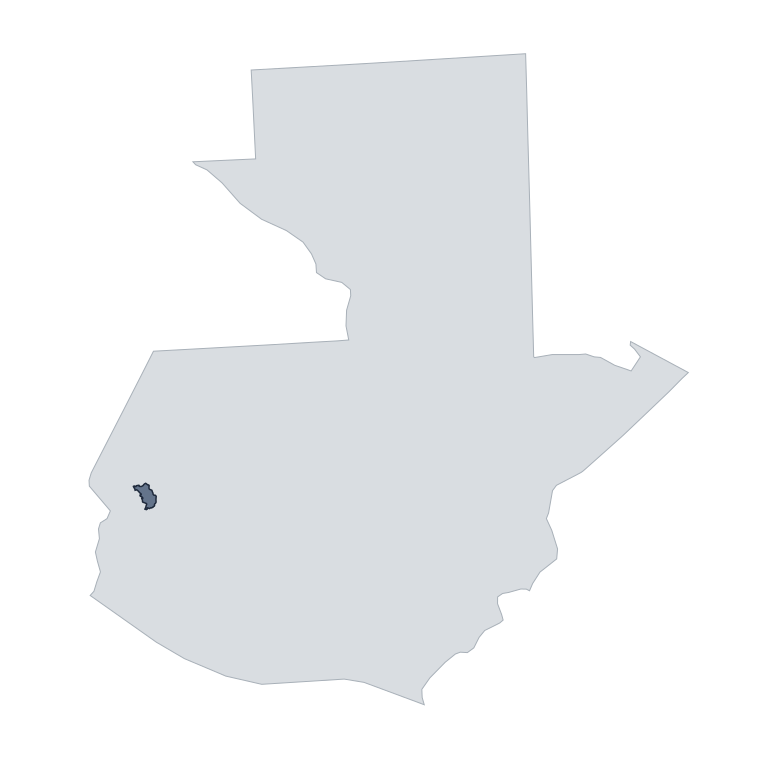 Tejutla, San Marcos, Guatemala (highlighted), rotated 357°
{"feature_id": "79465075B17053106613054", "entity_name": "Tejutla", "entity_type": "district", "adm_level": 2, "iso_a3": "GTM", "parent_name": "Guatemala", "parent_adm1": "San Marcos", "projection": "albers", "projection_center": [-91.837, 15.154], "detail": "fine", "context": "in_parent", "style": "filled", "palette": "slate", "viewbox_px": 768, "rotation_deg": 357, "n_neighbors": 0, "source": "geoboundaries", "source_scale": "gbopen_adm2", "svg_char_len": 3932}
<svg xmlns="http://www.w3.org/2000/svg" viewBox="0 0 768 768"><g transform="rotate(357 384 384)"><path d="M79.5,579.8L83.5,575.8L86.9,566.4L91.0,556.8L88.5,545.7L87.0,536.7L91.7,523.6L91.3,513.8L93.5,507.8L100.4,503.9L104.1,496.4L84.4,470.6L84.4,464.7L87.0,457.4L103.0,429.9L122.1,397.1L143.0,361.0L155.5,339.2L201.4,339.1L231.8,339.0L270.4,338.9L312.3,338.6L339.8,338.5L351.1,338.2L349.1,324.0L350.5,308.4L355.4,294.2L355.4,287.9L347.1,280.3L331.2,275.9L322.4,269.2L322.3,260.6L318.4,250.3L310.6,238.1L294.6,225.7L270.4,213.1L249.8,196.1L232.8,174.7L218.4,160.9L207.4,155.2L204.8,152.1L237.1,152.3L267.6,152.5L267.7,121.7L267.8,94.4L267.8,63.5L323.1,63.3L389.0,63.0L457.4,62.4L511.2,61.9L542.7,61.6L541.8,99.8L540.6,144.2L539.8,176.8L538.7,220.3L537.5,264.7L535.9,325.4L534.9,364.6L535.6,365.5L553.7,363.4L580.5,364.8L587.0,364.6L595.3,367.9L601.6,368.8L615.4,377.4L631.5,383.9L641.5,370.3L636.0,362.2L631.9,358.1L632.5,354.5L688.5,388.5L682.0,394.0L668.1,406.7L642.8,428.4L620.1,447.8L598.2,465.4L578.4,481.2L576.1,482.7L550.9,494.2L546.7,499.3L541.6,521.4L539.1,526.9L543.9,539.0L548.7,557.8L547.3,567.7L529.9,580.0L522.0,591.0L518.5,598.1L515.4,596.3L509.9,595.9L497.4,598.7L491.4,599.4L486.3,602.6L485.9,609.4L489.4,620.4L490.6,626.0L487.1,628.7L471.7,635.4L465.7,642.0L459.9,652.2L453.2,656.6L446.1,655.8L441.1,657.4L430.5,665.1L414.4,679.9L405.8,690.9L405.7,699.1L407.4,706.4L348.4,680.9L328.8,676.6L246.2,677.5L210.7,667.4L170.3,647.8L143.1,629.9L79.5,579.8Z" fill="#d9dde1" stroke="#a8b0b8" stroke-width="1"/><path d="M146.6,478.0L146.3,477.8L145.5,477.4L145.0,477.2L144.3,476.8L144.1,476.6L144.0,476.4L143.9,475.8L143.9,474.4L144.0,474.3L144.1,473.3L144.1,473.0L144.0,472.9L143.7,472.5L143.4,472.4L143.1,472.5L142.7,472.3L142.5,472.1L141.8,471.5L141.1,470.9L140.8,470.7L140.5,470.8L140.3,470.9L139.7,471.2L139.4,471.4L138.7,472.0L138.4,472.4L138.4,472.5L138.1,472.8L137.9,472.9L137.7,473.0L137.4,473.2L137.2,473.3L136.7,473.5L136.4,473.6L135.5,473.6L134.7,473.5L134.6,473.4L134.4,473.4L134.2,473.3L134.1,473.2L134.2,472.6L134.1,472.4L133.5,472.3L132.2,472.5L131.4,472.6L131.2,473.0L131.0,473.4L130.4,473.5L130.2,473.4L129.7,472.9L129.2,472.8L128.8,472.9L128.4,473.1L128.4,473.4L128.9,474.2L128.9,474.4L129.2,474.9L129.3,475.1L129.6,475.5L129.7,476.0L129.9,477.1L130.5,476.9L131.1,476.8L131.3,476.7L131.5,476.7L131.9,477.1L132.4,477.4L132.8,477.9L133.1,478.2L133.4,478.6L133.7,478.9L133.7,479.0L134.7,480.2L134.9,480.3L135.7,481.1L135.8,481.2L135.8,481.5L135.6,481.8L135.4,482.1L135.2,482.3L134.7,482.0L134.5,482.4L134.7,483.2L135.0,483.5L135.4,483.6L135.9,483.7L136.3,484.0L136.7,484.5L136.9,484.7L137.1,485.0L137.1,485.4L136.8,485.4L136.5,485.4L136.4,485.2L136.2,485.1L136.0,485.5L136.1,485.8L136.3,486.1L136.5,486.9L136.7,487.1L136.7,489.0L136.9,489.3L137.1,489.4L137.4,489.6L137.7,489.6L138.2,489.9L138.6,490.0L139.3,490.4L139.8,490.6L140.3,490.8L140.5,491.0L140.7,491.4L140.6,491.5L140.6,492.0L140.4,492.3L140.2,493.0L140.0,493.3L139.9,493.7L139.7,494.6L139.3,495.3L139.2,495.6L138.9,495.9L138.9,496.0L138.8,496.5L139.2,496.5L139.7,496.9L140.2,497.0L140.3,496.9L140.8,496.6L141.0,496.5L141.0,496.1L140.9,495.9L140.9,495.6L141.2,495.4L141.6,495.3L141.8,495.4L142.1,495.6L142.9,496.0L143.1,496.1L143.3,496.1L143.5,496.0L143.6,495.9L143.8,495.8L144.0,495.7L144.4,495.5L144.6,495.4L144.7,495.5L144.8,495.5L145.0,495.5L145.3,495.6L145.5,495.5L145.5,495.4L145.8,495.3L146.1,495.3L146.2,495.2L146.3,495.2L146.6,495.1L146.7,494.9L146.8,494.9L147.0,494.8L147.0,494.7L147.2,494.4L147.3,494.3L147.8,494.1L148.1,494.0L148.4,493.7L148.5,493.4L148.5,492.2L148.8,491.7L149.0,491.6L149.5,491.2L150.0,490.4L150.2,490.0L150.2,489.0L150.2,487.6L150.5,485.1L150.6,484.7L150.6,484.2L150.3,483.7L150.0,483.3L149.4,483.0L149.2,483.0L148.7,483.1L148.3,482.9L147.9,482.4L147.6,481.9L147.6,481.6L147.6,481.1L147.5,480.7L147.3,480.2L146.9,479.1L146.8,478.5L146.6,478.2L146.6,478.0Z" fill="#64748b" stroke="#1e293b" stroke-width="1.5"/></g></svg>